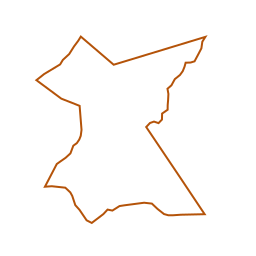 the district of Lastro, Paraíba, Brazil, rotated 170°
{"feature_id": "56859067B5730433440527", "entity_name": "Lastro", "entity_type": "district", "adm_level": 2, "iso_a3": "BRA", "parent_name": "Brazil", "parent_adm1": "Paraíba", "projection": "mercator", "projection_center": [-38.183, -6.553], "detail": "fine", "context": "isolated", "style": "outline", "palette": "amber", "viewbox_px": 256, "rotation_deg": 170, "n_neighbors": 0, "source": "geoboundaries", "source_scale": "gbopen_adm2", "svg_char_len": 921}
<svg xmlns="http://www.w3.org/2000/svg" viewBox="0 0 256 256"><g transform="rotate(170 128 128)"><path d="M67.5,29.8L86.0,71.9L109.9,125.8L105.5,129.1L101.3,129.8L97.1,127.5L93.1,130.4L91.9,136.3L85.8,139.1L85.0,143.4L83.7,148.4L82.3,154.5L82.3,159.8L77.8,162.5L73.4,168.0L67.6,171.2L64.2,174.5L61.7,178.5L59.9,182.3L55.0,181.6L50.9,182.1L46.2,188.1L41.9,193.7L39.8,200.1L36.0,204.3L131.1,192.8L158.6,226.2L161.8,222.6L167.0,217.7L173.1,211.0L180.3,206.4L183.8,202.4L201.2,195.7L209.9,191.0L188.6,168.5L171.8,158.2L174.1,134.2L175.9,128.5L178.0,125.1L181.0,122.0L184.9,120.1L189.1,113.0L194.6,109.5L200.2,106.9L204.4,104.9L220.0,84.6L213.2,83.9L200.1,80.1L196.0,74.6L194.7,70.8L193.3,61.2L190.0,55.9L184.8,44.3L180.2,40.8L167.2,47.5L162.3,51.2L157.7,49.4L149.9,52.6L145.1,52.5L125.1,51.6L117.6,49.4L113.0,43.2L107.5,37.0L103.5,35.1L99.3,34.3L90.9,33.4L67.5,29.8Z" fill="none" stroke="#b45309" stroke-width="2"/></g></svg>